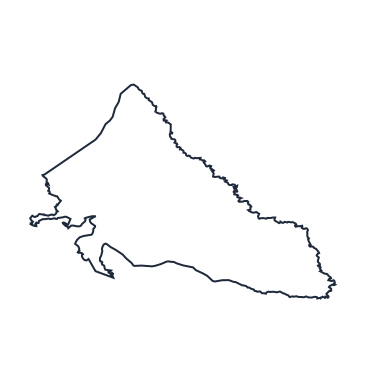 the district of Bomet East, Rift Valley, Kenya, rotated 279°
{"feature_id": "3690345B81361718006434", "entity_name": "Bomet East", "entity_type": "district", "adm_level": 2, "iso_a3": "KEN", "parent_name": "Kenya", "parent_adm1": "Rift Valley", "projection": "equal_earth", "projection_center": [35.412, -0.848], "detail": "fine", "context": "isolated", "style": "outline", "palette": "slate", "viewbox_px": 384, "rotation_deg": 279, "n_neighbors": 0, "source": "geoboundaries", "source_scale": "gbopen_adm2", "svg_char_len": 5968}
<svg xmlns="http://www.w3.org/2000/svg" viewBox="0 0 384 384"><g transform="rotate(279 192 192)"><path d="M95.0,127.7L95.9,127.2L96.8,124.8L97.7,124.6L98.1,126.7L98.9,126.8L99.6,125.6L98.7,124.8L99.3,122.2L100.1,121.9L101.0,123.9L101.8,124.4L101.7,118.6L102.6,117.9L105.5,116.8L106.3,114.6L107.3,114.1L108.2,114.5L109.1,113.9L109.1,112.4L110.3,111.7L112.5,111.4L114.7,112.2L119.3,112.7L121.6,112.0L123.5,112.1L126.3,113.0L127.5,114.6L127.2,116.0L124.9,120.2L122.9,125.7L119.4,133.3L116.2,137.3L112.4,143.5L110.3,145.5L110.0,146.8L111.4,153.4L112.3,164.1L113.3,167.1L116.0,172.6L119.4,178.0L119.9,180.4L119.7,182.3L120.1,184.9L119.2,187.8L118.1,194.8L117.7,204.8L115.4,208.1L113.3,215.5L111.6,220.1L107.4,226.3L107.2,228.7L109.6,235.7L110.7,242.0L110.5,243.5L109.8,246.7L109.8,249.3L107.7,256.2L107.8,258.4L107.4,260.5L106.3,262.0L106.6,263.4L105.6,265.7L105.4,268.1L104.1,269.5L104.2,270.8L103.7,272.1L104.4,274.3L104.2,275.3L103.0,276.9L103.3,279.8L103.1,280.9L104.3,281.2L105.5,282.9L105.4,284.3L106.2,287.8L106.2,291.6L107.5,294.4L106.1,298.0L106.2,299.3L105.6,300.3L105.1,303.0L103.5,304.9L104.6,307.4L104.5,308.8L105.4,311.6L105.0,313.0L105.6,319.1L106.7,321.0L106.1,323.6L106.5,326.9L107.7,329.4L107.7,331.8L106.4,332.4L107.3,334.4L107.0,335.5L107.9,335.7L108.3,336.9L109.0,337.3L108.3,339.9L109.5,340.1L108.8,342.7L109.9,343.3L110.7,342.7L111.4,341.4L112.5,340.7L115.9,343.2L115.9,344.6L116.6,344.9L118.3,344.5L119.4,342.2L120.4,342.5L122.4,345.0L122.1,346.5L122.8,347.7L123.1,346.7L123.9,346.4L124.7,347.3L126.6,346.4L127.0,345.6L125.9,343.9L126.2,340.5L127.3,340.8L128.5,342.8L129.3,342.4L130.3,340.4L132.2,338.1L132.1,335.7L133.8,330.9L134.7,332.0L136.4,330.2L137.6,330.8L138.5,330.2L138.2,328.7L139.0,327.9L140.4,329.7L141.2,329.4L142.4,327.6L143.5,327.0L147.2,327.5L148.3,325.5L149.1,325.0L150.8,326.0L151.5,327.1L152.2,326.7L155.0,323.8L156.0,321.1L156.9,320.3L156.9,318.5L156.5,317.3L157.3,316.1L158.1,316.2L158.6,317.3L161.3,315.2L163.6,314.0L164.3,314.8L166.0,313.0L166.8,312.7L169.5,312.4L170.4,311.9L172.3,312.5L173.7,311.6L174.1,310.4L173.0,308.4L173.2,307.2L173.8,306.0L174.8,306.4L175.9,306.1L175.0,303.6L174.8,301.7L173.9,300.0L174.5,299.1L175.6,299.2L176.2,300.0L177.0,299.4L178.0,296.2L177.5,294.5L177.6,291.6L176.8,290.8L177.0,288.1L175.9,287.1L175.7,285.8L176.6,283.9L175.6,283.8L174.9,282.9L176.8,278.1L177.6,277.7L179.8,278.1L179.4,275.7L178.5,273.3L178.2,270.4L177.3,269.7L177.4,266.6L176.9,264.0L176.1,262.8L176.4,261.9L178.4,261.0L180.9,261.8L182.3,258.6L181.3,256.5L181.2,254.5L182.1,251.5L182.9,250.3L183.9,252.5L186.2,252.0L186.8,252.8L188.0,251.7L188.6,249.6L189.4,249.5L190.0,248.8L191.0,249.1L191.8,248.0L191.2,244.8L190.6,244.2L189.7,240.2L190.1,239.4L190.8,239.4L191.3,240.2L193.1,240.3L193.7,241.4L194.0,240.0L193.7,238.7L194.1,237.5L195.0,237.4L195.8,238.0L196.3,237.3L196.3,234.1L197.7,234.2L198.6,233.1L199.6,233.5L199.2,235.8L199.6,236.6L202.2,235.0L201.6,234.2L201.9,233.1L203.4,232.3L203.8,233.4L203.2,234.8L204.1,235.6L205.2,235.6L204.5,234.6L205.9,232.9L205.9,230.6L205.1,230.3L204.8,228.2L205.1,227.0L206.8,225.8L207.4,223.2L208.8,224.4L209.2,221.9L211.0,222.4L211.2,220.7L210.3,220.9L210.1,218.7L210.3,217.3L211.5,216.6L210.3,211.4L210.6,210.4L213.8,210.5L215.4,208.9L216.0,209.9L216.7,210.3L217.1,209.3L217.0,207.6L218.0,207.7L218.2,206.4L219.1,206.1L219.9,206.6L220.1,205.6L220.7,206.2L220.9,205.2L219.5,202.8L219.8,201.7L220.9,201.2L222.9,199.1L224.3,200.3L225.1,199.0L224.3,198.6L225.4,196.1L225.4,194.7L227.0,195.0L226.1,191.3L226.3,189.6L225.3,188.6L225.8,185.5L227.3,184.2L227.4,183.0L226.8,182.3L227.0,181.3L227.4,180.5L228.9,180.0L229.5,178.8L229.5,177.4L231.0,177.3L231.8,176.3L232.1,175.1L232.7,174.5L232.3,173.5L234.0,173.5L234.4,172.4L233.9,170.9L234.3,169.8L235.9,169.4L236.7,170.0L237.6,169.4L238.0,167.0L239.8,167.7L240.7,167.3L241.2,166.8L241.3,163.3L242.5,162.8L243.2,161.7L245.7,161.0L246.7,161.3L246.6,163.1L247.4,163.3L248.4,161.4L255.4,160.5L256.9,157.4L256.7,155.3L257.5,154.9L258.6,155.6L258.7,154.4L258.2,152.9L259.6,152.5L261.6,154.0L262.6,153.1L263.0,152.1L264.9,151.5L265.1,149.8L264.4,148.8L264.4,147.2L264.8,145.1L265.7,143.2L267.6,143.6L269.3,143.1L270.4,143.6L271.2,143.2L271.2,141.1L271.6,140.2L272.2,139.5L274.4,138.5L276.0,134.9L277.6,134.7L277.5,132.9L278.5,131.0L281.4,129.5L281.3,128.3L282.1,127.4L284.1,126.5L284.6,124.2L285.6,122.9L286.8,122.2L289.0,117.6L288.0,114.9L277.8,106.2L269.4,105.5L262.7,102.9L253.9,101.9L249.7,99.7L245.5,96.0L235.9,92.8L228.6,88.5L186.2,43.6L185.3,41.7L184.5,42.3L182.4,46.0L181.4,46.7L179.1,46.8L178.5,48.1L177.7,48.8L176.9,49.2L177.6,47.0L176.9,46.4L175.9,46.6L173.7,50.1L172.6,50.4L170.7,49.8L170.4,51.1L169.3,51.6L168.2,51.1L166.9,56.2L166.9,57.4L166.4,58.5L166.7,59.5L163.8,62.0L162.9,63.8L159.2,61.8L158.8,60.8L157.8,61.2L157.3,60.0L156.3,60.0L155.7,59.0L154.8,59.9L153.9,60.1L151.9,62.3L151.5,61.2L150.5,61.4L148.6,60.6L147.4,58.8L147.9,57.7L147.2,55.6L146.1,53.7L146.3,51.1L146.0,49.8L146.8,49.0L146.3,47.7L146.5,44.9L145.8,44.1L144.0,43.1L143.5,41.8L142.8,41.1L142.8,40.0L143.6,38.0L140.8,36.3L139.4,37.2L137.7,39.5L137.0,38.6L135.9,39.0L135.8,37.5L134.9,37.6L133.9,41.1L133.9,43.6L135.2,43.3L135.8,42.3L137.4,43.0L137.1,44.0L137.4,45.3L139.4,45.3L141.9,48.9L142.1,50.7L143.3,54.5L143.1,56.5L144.6,60.5L144.1,61.5L144.3,62.9L145.3,63.4L146.7,68.2L147.8,70.6L147.8,71.8L146.4,76.2L140.4,74.7L140.3,73.6L141.1,72.6L141.8,70.1L141.4,69.2L140.7,69.5L138.6,72.7L138.1,74.8L136.9,75.4L139.9,77.9L140.3,79.9L140.1,83.9L140.5,86.3L141.3,87.5L143.1,88.3L146.4,91.0L148.2,91.2L149.2,90.2L150.0,91.3L152.3,96.7L153.1,100.7L148.9,95.3L146.8,96.0L145.5,97.2L143.3,101.6L142.3,101.7L140.0,100.3L137.3,100.6L135.1,100.0L134.1,99.4L131.6,91.8L129.6,88.1L126.6,85.9L123.1,84.7L122.4,84.8L120.6,88.2L118.4,89.5L117.4,89.4L116.5,90.1L115.7,89.8L115.4,88.9L114.5,88.6L114.1,89.6L114.6,90.3L114.2,93.3L113.4,94.1L112.6,93.2L111.6,93.2L109.7,94.3L108.0,96.4L107.9,98.5L109.6,100.3L98.7,109.1L95.0,127.7Z" fill="none" stroke="#1e293b" stroke-width="2"/></g></svg>